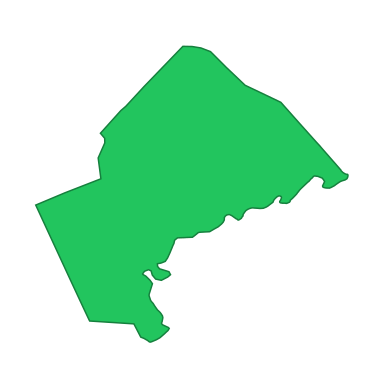 Kaedi, Gorgol, Mauritania (Equal Earth projection), rotated 265°
{"feature_id": "47542326B29120201182559", "entity_name": "Kaedi", "entity_type": "district", "adm_level": 2, "iso_a3": "MRT", "parent_name": "Mauritania", "parent_adm1": "Gorgol", "projection": "equal_earth", "projection_center": [-13.341, 16.007], "detail": "fine", "context": "isolated", "style": "filled", "palette": "green", "viewbox_px": 384, "rotation_deg": 265, "n_neighbors": 0, "source": "geoboundaries", "source_scale": "gbopen_adm2", "svg_char_len": 2732}
<svg xmlns="http://www.w3.org/2000/svg" viewBox="0 0 384 384"><g transform="rotate(265 192 192)"><path d="M74.2,78.1L72.4,78.8L65.7,122.6L51.9,128.3L50.4,131.3L47.9,134.9L46.6,136.2L46.1,137.2L46.3,138.6L47.9,143.6L49.6,147.3L51.0,149.3L51.6,150.1L53.2,152.3L54.6,154.0L56.0,155.9L58.0,157.4L59.0,156.8L62.1,151.4L62.9,150.6L64.0,150.2L65.4,150.9L69.3,152.0L71.1,151.8L72.9,150.9L74.6,149.9L76.4,148.4L77.4,147.4L81.7,144.9L84.3,143.6L86.6,141.9L87.8,141.3L92.4,140.2L93.9,140.4L104.1,144.6L107.6,142.6L112.2,138.7L114.2,135.8L114.8,135.7L115.8,136.6L116.6,137.2L117.4,138.4L117.8,139.9L118.4,141.9L117.0,144.4L112.7,145.2L108.4,148.2L106.7,153.8L109.4,160.4L111.5,163.4L114.6,162.1L116.3,158.0L118.3,153.0L120.9,151.2L123.6,151.3L123.7,152.3L123.8,154.0L124.0,155.3L125.2,159.3L128.4,161.9L133.3,164.7L138.1,167.2L140.3,168.3L142.3,169.5L143.3,169.8L145.5,170.5L147.6,173.6L147.2,181.0L147.2,182.2L146.9,188.5L148.3,190.8L148.8,191.5L150.0,193.3L150.9,194.5L151.2,195.9L151.2,197.5L150.9,206.1L153.1,210.7L155.1,215.2L156.4,217.0L157.6,218.7L159.2,220.4L161.1,221.6L162.3,221.9L163.5,221.9L164.9,222.9L166.0,224.4L166.2,225.6L166.3,226.8L166.1,227.7L164.8,229.8L163.3,231.5L162.2,232.8L161.4,233.7L161.2,234.4L160.2,235.2L160.0,236.0L160.4,236.9L161.5,238.9L162.6,239.6L163.8,240.8L164.8,240.8L165.6,241.3L167.3,242.7L168.9,244.2L170.0,246.4L170.6,248.3L170.9,250.1L170.9,251.1L170.6,252.6L170.1,255.9L169.7,258.0L169.6,259.9L169.6,261.7L170.5,264.6L171.3,266.3L172.8,268.6L174.2,270.9L174.9,271.9L175.5,272.1L176.9,272.9L178.1,274.1L179.7,276.1L180.6,278.1L180.3,279.4L179.8,280.3L178.9,280.7L177.7,280.3L176.0,279.5L175.1,278.6L174.5,278.5L174.0,278.6L173.5,279.1L173.0,281.0L172.7,283.9L172.4,284.9L172.6,286.0L173.3,288.1L173.9,288.8L174.5,289.0L175.1,289.1L176.1,290.4L176.7,291.3L177.9,292.7L179.8,294.9L181.0,296.2L182.3,297.2L183.0,298.1L184.2,299.0L185.9,300.9L191.7,308.2L192.4,309.4L193.9,310.9L194.4,311.3L195.1,312.4L195.9,313.4L196.9,314.3L197.3,315.4L197.1,316.4L196.6,318.8L195.2,321.5L194.6,322.8L192.9,324.0L191.7,324.6L191.0,325.0L189.8,324.4L187.7,323.2L186.6,322.6L185.8,322.7L185.3,323.1L184.9,323.9L184.3,325.9L184.1,327.6L183.9,329.4L184.5,331.2L185.4,333.3L185.9,334.5L186.9,336.0L189.1,339.9L189.6,341.0L190.0,342.3L190.7,345.6L191.7,347.5L193.0,348.3L194.5,348.8L195.5,348.8L196.0,348.5L196.1,347.6L196.7,346.2L198.2,344.1L198.9,343.5L200.3,342.3L200.8,342.3L225.4,324.3L226.1,323.9L231.4,319.8L252.2,304.2L273.6,288.3L293.7,254.2L313.4,236.8L330.2,222.7L334.7,213.5L336.9,204.9L337.9,195.6L301.2,153.4L283.2,133.6L279.3,128.2L258.5,105.9L253.1,109.7L248.5,109.4L234.1,101.5L213.1,102.4L202.2,65.1L192.6,35.2L116.6,62.6L86.1,73.7L74.2,78.1Z" fill="#22c55e" stroke="#15803d" stroke-width="1.5"/></g></svg>